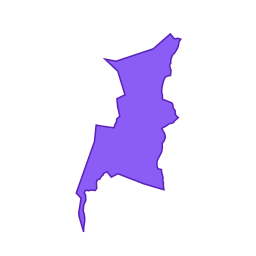 São Miguel, Rio Grande do Norte, Brazil (Mercator projection), rotated 151°
{"feature_id": "56859067B85156148538476", "entity_name": "São Miguel", "entity_type": "district", "adm_level": 2, "iso_a3": "BRA", "parent_name": "Brazil", "parent_adm1": "Rio Grande do Norte", "projection": "mercator", "projection_center": [-38.467, -6.213], "detail": "fine", "context": "isolated", "style": "filled", "palette": "violet", "viewbox_px": 256, "rotation_deg": 151, "n_neighbors": 0, "source": "geoboundaries", "source_scale": "gbopen_adm2", "svg_char_len": 1331}
<svg xmlns="http://www.w3.org/2000/svg" viewBox="0 0 256 256"><g transform="rotate(151 128 128)"><path d="M45.4,189.8L67.5,185.0L106.1,192.2L114.7,199.4L109.4,182.7L114.5,158.5L123.5,159.0L126.7,151.8L129.4,142.4L133.6,141.3L135.0,139.2L138.3,136.9L140.1,134.9L151.1,143.2L154.4,146.0L156.2,143.5L163.9,132.4L204.8,96.2L203.1,89.3L212.2,77.7L213.5,75.0L217.2,58.6L215.2,62.1L211.8,66.5L210.0,69.3L209.0,71.4L207.8,75.0L207.3,77.3L204.2,81.9L199.8,85.4L197.7,89.7L197.6,92.7L195.1,94.1L192.7,92.1L190.3,91.6L186.9,89.2L184.6,90.4L183.3,93.0L182.3,95.2L180.1,97.5L177.4,97.0L175.0,98.5L172.8,98.9L170.9,100.2L167.5,99.8L166.5,93.1L159.0,92.9L152.4,84.9L145.8,77.1L144.3,75.2L141.4,71.7L132.2,62.3L126.5,56.6L124.7,61.1L123.5,63.0L123.0,65.5L121.6,67.2L120.8,69.8L120.1,72.8L118.9,75.5L121.7,77.9L120.9,81.1L119.2,84.3L117.2,86.1L110.2,90.7L107.1,94.7L105.7,97.8L102.2,99.5L99.7,102.0L98.7,105.2L98.8,108.5L98.6,111.3L93.3,111.3L90.5,111.7L85.8,110.7L83.2,111.8L79.0,112.7L80.1,116.4L78.4,120.2L78.7,124.2L77.6,126.2L77.4,128.6L83.9,136.5L82.0,139.9L81.0,143.5L78.1,147.6L75.3,150.7L72.5,153.3L70.4,154.5L67.7,154.1L65.3,153.4L62.5,157.4L61.3,162.6L58.9,164.2L57.8,166.6L53.8,170.2L50.4,171.2L46.1,173.7L43.9,175.7L41.5,178.8L38.8,180.0L40.8,182.2L44.2,183.5L45.4,189.8Z" fill="#8b5cf6" stroke="#5b21b6" stroke-width="1.5"/></g></svg>